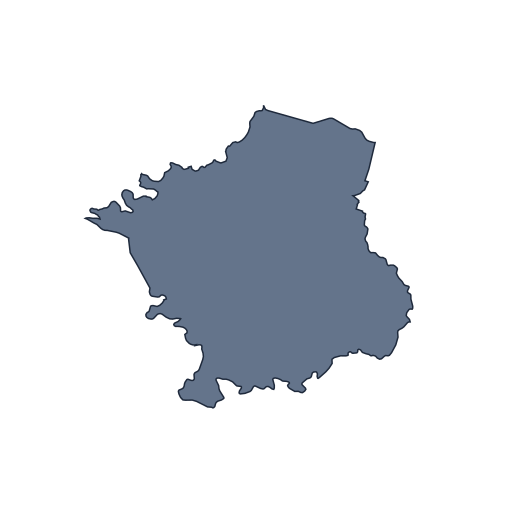 Ryde, New South Wales, Australia, rotated 121°
{"feature_id": "25037944B17324059091414", "entity_name": "Ryde", "entity_type": "district", "adm_level": 2, "iso_a3": "AUS", "parent_name": "Australia", "parent_adm1": "New South Wales", "projection": "mercator", "projection_center": [151.114, -33.801], "detail": "fine", "context": "isolated", "style": "filled", "palette": "slate", "viewbox_px": 512, "rotation_deg": 121, "n_neighbors": 0, "source": "geoboundaries", "source_scale": "gbopen_adm2", "svg_char_len": 6132}
<svg xmlns="http://www.w3.org/2000/svg" viewBox="0 0 512 512"><g transform="rotate(121 256 256)"><path d="M207.5,108.3L204.2,108.6L203.6,109.0L203.4,109.7L204.3,112.9L204.3,114.5L202.7,117.4L201.4,122.0L200.3,124.2L198.5,126.8L194.3,128.1L193.5,129.2L193.0,132.1L193.1,133.6L194.7,136.2L195.9,137.3L196.0,138.1L195.5,139.3L192.2,142.8L191.8,143.7L191.9,146.4L193.0,148.3L193.3,149.7L192.9,152.0L191.8,155.1L192.6,157.1L194.1,159.5L193.3,162.1L191.8,163.9L190.4,164.7L188.9,166.0L187.3,167.9L186.9,169.5L185.2,171.4L183.5,171.9L179.9,172.1L175.2,174.0L174.5,175.3L174.2,176.3L174.3,177.7L173.7,179.1L169.7,181.1L167.9,181.2L166.4,182.6L163.5,183.7L163.3,184.2L163.8,186.1L163.3,187.5L162.7,187.8L164.1,194.3L159.9,195.4L159.6,195.9L156.8,195.5L156.7,196.2L155.5,196.5L154.4,203.9L153.5,202.7L148.7,198.8L145.2,198.0L143.4,197.0L134.6,198.0L135.4,201.4L123.5,204.0L97.4,212.3L98.1,213.5L99.4,218.1L99.6,220.8L98.8,223.3L95.4,229.1L95.0,231.8L95.9,236.4L97.5,238.7L98.3,241.1L98.5,260.1L98.8,261.8L100.2,264.0L112.9,275.4L125.2,320.7L125.5,323.3L123.0,327.2L124.8,325.9L128.1,325.6L129.1,326.7L129.8,328.0L131.9,330.0L133.5,330.7L137.4,329.8L143.8,330.4L145.3,329.8L148.5,327.6L153.6,326.4L156.4,326.3L160.3,326.6L163.8,327.5L167.0,329.1L168.5,330.6L168.6,332.2L170.7,334.3L175.3,335.1L175.8,335.6L176.0,336.3L179.4,336.6L180.4,336.4L181.3,335.9L181.9,336.0L186.5,331.3L190.2,330.6L194.0,333.7L194.5,334.4L195.3,339.1L194.8,340.7L195.3,341.3L195.8,341.6L197.2,341.3L198.8,341.6L202.3,343.8L203.5,344.9L206.3,345.4L206.9,346.3L206.7,347.9L207.3,348.7L208.7,349.4L212.1,349.5L214.3,351.4L214.6,352.5L214.6,355.5L212.5,357.8L214.8,359.8L215.6,359.1L218.4,361.7L218.9,362.6L218.8,364.5L218.2,365.0L217.9,368.8L218.9,371.9L219.2,375.3L219.9,377.0L220.4,377.2L221.7,376.8L222.6,375.2L223.5,374.4L225.2,374.2L228.1,375.0L231.6,377.2L235.1,376.0L237.0,376.0L240.2,376.5L242.4,377.9L244.4,381.9L244.9,383.8L244.6,387.0L243.2,390.1L243.3,391.7L244.7,395.7L244.3,396.4L245.7,396.6L246.9,395.7L251.7,394.8L251.9,393.4L252.4,392.7L253.6,392.1L255.2,392.1L255.6,391.8L255.5,389.9L254.9,387.7L254.8,384.3L253.8,383.0L251.3,378.2L251.3,376.1L251.7,374.1L251.6,373.1L253.1,372.2L255.3,371.7L258.8,372.3L261.3,373.8L260.5,375.4L260.4,377.1L261.7,380.7L261.3,381.1L262.7,383.4L268.5,387.2L270.0,389.1L270.0,390.2L269.4,391.2L266.3,393.2L265.5,394.7L265.3,396.6L265.7,399.9L266.1,401.1L267.0,402.4L268.3,403.1L270.5,403.3L272.5,402.6L273.6,401.7L274.9,399.9L275.8,397.9L278.0,395.2L279.2,393.0L279.5,390.5L279.4,388.6L279.9,386.9L279.9,385.5L281.0,384.3L282.2,384.4L283.5,385.7L284.7,391.3L287.2,393.8L287.4,394.7L287.1,395.3L284.5,397.0L283.4,398.6L282.0,403.7L282.0,405.3L282.6,406.3L284.5,407.7L289.5,407.8L291.4,408.6L293.2,411.0L294.9,412.1L296.6,413.9L297.9,414.6L298.1,415.1L297.9,416.6L299.2,419.2L299.5,421.0L300.2,421.7L301.6,422.1L302.5,421.8L303.5,420.3L303.5,419.4L302.5,416.0L302.6,414.3L302.4,412.9L303.2,411.3L303.3,410.2L304.7,408.7L305.5,411.6L307.7,415.2L309.1,418.6L310.9,421.2L311.7,421.7L311.3,419.5L311.2,411.9L310.9,408.6L312.2,403.1L312.3,401.1L311.8,398.7L310.7,396.8L307.6,388.1L306.9,385.0L306.2,374.2L306.9,374.1L318.0,365.5L325.2,352.5L338.1,330.4L341.7,328.9L343.5,326.9L344.0,325.7L344.0,324.4L341.8,319.1L340.8,317.9L338.4,317.2L337.5,315.9L337.1,313.7L337.6,312.1L339.0,310.7L341.0,312.4L341.2,312.0L344.5,312.1L347.8,313.1L350.2,314.8L351.5,318.7L352.3,319.8L353.3,320.5L358.3,319.2L359.1,319.3L360.5,320.2L362.7,320.3L364.1,319.4L364.8,318.1L365.0,316.1L364.1,313.4L363.2,312.2L362.0,311.6L356.9,310.5L355.7,309.7L354.6,308.3L354.2,306.5L354.7,301.5L354.3,297.6L353.0,295.0L350.3,292.0L348.5,288.5L348.5,288.2L349.5,288.3L352.2,289.0L355.1,291.0L355.9,291.3L357.1,291.2L357.8,290.2L357.8,288.8L355.9,285.5L354.6,281.9L354.5,279.7L355.0,277.7L355.9,276.3L357.5,275.6L359.9,276.6L362.8,274.0L364.3,272.0L365.3,268.2L365.2,266.2L364.7,264.3L364.0,262.9L363.0,261.8L364.0,261.9L361.5,259.2L360.8,258.0L360.7,256.5L361.8,255.5L363.7,254.6L366.6,251.3L369.3,249.3L372.3,248.3L382.3,246.3L383.7,246.3L385.0,246.7L387.4,248.2L388.5,248.3L389.5,248.1L392.9,245.7L393.7,245.5L394.9,245.8L395.5,246.5L396.0,247.5L396.7,250.9L397.5,251.6L400.5,251.8L402.2,251.5L404.8,250.5L406.7,250.4L408.3,251.2L410.5,252.9L411.3,253.0L412.2,252.7L414.0,250.9L415.8,248.3L416.4,246.9L417.0,244.5L415.9,242.2L412.3,236.4L411.2,232.0L410.3,219.8L408.5,216.2L408.4,214.8L407.8,214.2L406.3,213.8L403.1,214.7L401.6,214.6L400.0,213.9L397.3,211.5L395.1,210.4L394.3,210.3L393.7,210.9L390.3,217.6L388.8,219.4L386.3,221.3L383.1,226.2L382.2,226.9L380.7,226.5L379.6,224.7L378.7,221.0L377.0,218.2L376.3,215.7L375.9,211.3L377.1,206.5L377.2,205.4L375.5,201.6L375.8,201.0L376.9,200.5L380.0,200.7L381.7,200.2L382.4,199.5L382.3,198.4L379.4,194.7L375.3,191.4L373.7,190.8L369.4,190.9L368.2,190.4L367.8,189.6L367.2,183.9L366.4,181.5L365.7,180.8L362.7,179.9L361.6,178.5L361.4,176.5L361.7,173.8L361.2,172.1L359.8,172.3L357.4,173.7L353.1,178.1L352.0,178.1L350.7,176.9L349.7,174.1L349.3,171.2L349.5,169.5L349.4,168.6L347.7,165.2L347.2,163.2L347.4,162.2L348.0,161.8L349.7,162.3L350.9,162.1L351.7,160.8L352.2,159.2L352.1,153.0L350.2,150.0L349.9,147.3L349.2,145.8L346.7,144.7L344.6,144.6L343.8,145.6L342.6,150.3L341.8,150.9L340.9,151.0L335.1,149.1L332.8,147.0L331.9,146.6L330.9,146.5L327.3,147.5L325.8,146.9L324.4,145.0L324.3,144.3L325.3,142.7L327.7,141.6L329.0,140.2L328.9,139.7L327.3,139.0L319.3,136.5L314.6,135.6L308.9,135.4L305.4,137.7L302.7,136.6L298.0,132.1L295.2,127.4L293.9,126.1L293.4,126.0L292.4,126.8L291.3,127.1L289.8,126.4L289.4,125.7L289.7,123.7L289.5,122.9L287.1,119.7L285.8,119.5L284.1,120.4L283.0,119.9L282.6,118.1L283.7,115.6L283.8,114.9L283.1,111.3L282.2,108.5L282.4,106.4L281.9,105.4L280.9,104.6L280.3,102.5L280.3,101.6L281.0,99.5L280.8,96.9L279.5,95.5L275.9,94.4L274.6,93.7L273.5,91.4L272.4,90.5L269.1,90.0L260.2,90.4L252.4,92.5L248.6,95.2L247.1,95.8L245.3,95.3L243.0,93.8L240.6,92.8L235.0,91.8L233.9,91.1L233.1,89.9L231.3,91.8L230.2,95.7L229.6,96.6L227.0,97.6L223.1,97.3L222.1,96.6L221.1,94.7L220.0,94.8L218.3,95.8L213.2,101.0L209.7,103.2L209.2,104.2L209.2,106.8L208.9,107.6L207.5,108.3Z" fill="#64748b" stroke="#1e293b" stroke-width="1.5"/></g></svg>